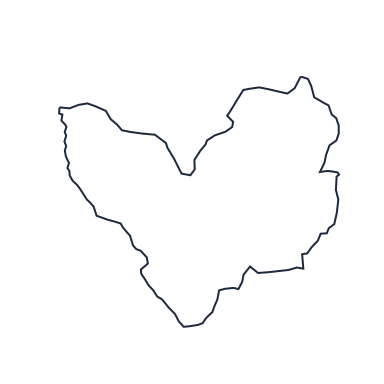 Dora, Limassol, Cyprus (Mercator projection), rotated 101°
{"feature_id": "46923920B60204225307219", "entity_name": "Dora", "entity_type": "district", "adm_level": 2, "iso_a3": "CYP", "parent_name": "Cyprus", "parent_adm1": "Limassol", "projection": "mercator", "projection_center": [32.731, 34.777], "detail": "fine", "context": "isolated", "style": "outline", "palette": "slate", "viewbox_px": 384, "rotation_deg": 101, "n_neighbors": 0, "source": "geoboundaries", "source_scale": "gbopen_adm2", "svg_char_len": 1816}
<svg xmlns="http://www.w3.org/2000/svg" viewBox="0 0 384 384"><g transform="rotate(101 192 192)"><path d="M80.9,74.5L79.5,79.3L75.7,90.1L65.0,95.3L58.9,99.7L58.1,105.8L58.6,107.5L70.7,111.1L77.1,117.1L77.1,120.4L76.5,136.7L76.5,146.1L80.1,156.3L82.1,161.1L94.1,165.7L104.7,169.6L110.5,172.0L115.3,165.0L120.6,165.0L126.4,170.6L132.0,180.3L138.5,187.1L142.8,187.8L149.9,191.7L160.2,195.8L169.2,193.6L175.9,196.8L175.9,205.8L163.1,215.7L154.2,223.7L153.0,224.7L148.9,226.9L142.8,239.5L143.0,240.8L144.1,251.4L144.8,263.5L144.8,272.5L140.0,278.6L136.1,285.6L128.8,292.1L126.2,303.6L125.0,311.6L128.1,319.9L133.3,328.3L134.1,337.4L135.3,338.1L140.2,337.5L140.7,334.0L146.8,333.8L150.0,329.4L152.0,327.7L157.4,328.4L160.7,326.2L166.7,326.9L170.9,324.3L175.7,324.7L181.1,322.6L185.2,319.7L186.9,318.3L192.2,318.9L194.9,316.3L199.2,315.2L203.8,311.2L207.1,306.0L210.6,302.2L214.9,298.1L219.5,293.7L222.0,289.8L225.1,285.8L233.5,281.1L235.2,270.1L235.9,261.3L236.5,256.1L240.1,252.9L244.1,248.0L246.7,244.5L255.7,239.7L258.7,235.8L259.4,231.3L264.8,223.9L270.7,221.7L277.8,227.3L280.8,226.6L281.8,226.3L286.5,221.7L292.0,216.7L295.7,211.5L301.3,206.1L303.1,200.9L310.4,192.2L314.9,185.5L321.6,180.2L325.9,174.4L324.3,169.0L321.3,160.7L319.3,157.5L318.7,156.5L313.8,154.5L310.3,152.2L306.0,149.1L299.9,148.2L295.4,147.2L292.7,146.6L283.4,146.6L280.8,141.4L278.2,132.8L278.5,127.9L270.6,125.6L263.3,125.6L254.1,120.8L258.9,111.7L256.0,101.2L250.2,82.6L246.1,74.5L246.0,68.1L232.1,72.0L230.3,67.2L223.5,64.1L215.8,59.2L208.4,57.7L206.8,51.8L201.4,50.8L196.4,46.2L184.9,45.9L180.9,46.2L171.6,46.9L162.6,51.1L149.3,53.0L146.9,51.0L145.0,52.8L145.1,58.2L145.4,62.8L147.9,70.2L137.8,67.5L130.1,67.5L120.0,65.9L113.9,60.1L106.6,59.1L98.7,60.7L92.0,64.5L89.2,69.7L80.9,74.5Z" fill="none" stroke="#1e293b" stroke-width="2"/></g></svg>